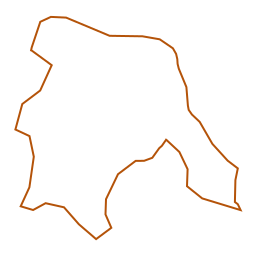 the border of Camenca
{"feature_id": "MDA-1652", "entity_name": "Camenca", "entity_type": "District", "adm_level": 1, "iso_a3": "MDA", "parent_name": "Moldova", "parent_adm1": "", "projection": "mercator", "projection_center": [28.71, 47.999], "detail": "fine", "context": "isolated", "style": "outline", "palette": "amber", "viewbox_px": 256, "rotation_deg": 0, "n_neighbors": 0, "source": "natural_earth", "source_scale": "10m", "svg_char_len": 785}
<svg xmlns="http://www.w3.org/2000/svg" viewBox="0 0 256 256"><path d="M50.9,16.9L66.1,17.6L109.6,35.8L142.5,36.3L159.7,39.3L172.9,48.3L176.1,53.9L177.3,59.1L177.6,63.9L178.8,68.7L186.4,87.1L187.9,105.6L188.7,109.9L191.9,114.5L199.7,121.9L202.7,127.1L212.4,143.9L227.7,160.7L237.8,168.4L235.4,180.1L234.9,202.0L237.8,204.2L240.6,210.1L202.2,198.4L192.7,190.8L187.0,186.2L187.6,169.2L179.4,152.0L166.3,139.8L166.1,139.7L166.0,139.9L161.9,145.8L159.2,148.2L152.3,157.8L144.1,160.8L135.6,160.9L118.0,174.2L106.0,199.2L105.5,214.4L111.3,227.8L96.1,239.1L78.9,224.3L64.0,207.3L45.6,203.2L33.1,210.0L20.7,206.3L29.4,187.3L33.8,156.7L29.5,136.1L15.4,129.5L22.3,104.0L40.2,90.5L51.7,65.2L31.5,50.4L31.1,50.3L31.7,47.5L40.3,21.8L50.9,16.9Z" fill="none" stroke="#b45309" stroke-width="2"/></svg>